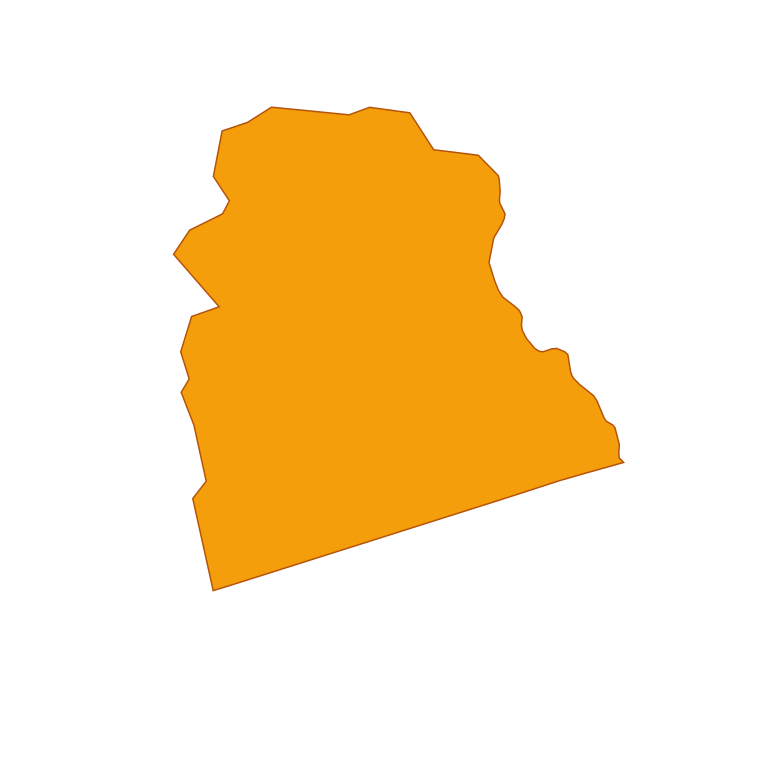 the district of Columbia, Georgia, United States of America, rotated 24°
{"feature_id": "52423323B94231025713709", "entity_name": "Columbia", "entity_type": "district", "adm_level": 2, "iso_a3": "USA", "parent_name": "United States of America", "parent_adm1": "Georgia", "projection": "natural_earth1", "projection_center": [-82.204, 33.528], "detail": "fine", "context": "isolated", "style": "filled", "palette": "amber", "viewbox_px": 768, "rotation_deg": 24, "n_neighbors": 0, "source": "geoboundaries", "source_scale": "gbopen_adm2", "svg_char_len": 1058}
<svg xmlns="http://www.w3.org/2000/svg" viewBox="0 0 768 768"><g transform="rotate(24 384 384)"><path d="M403.7,147.2L377.1,136.7L334.1,149.8L297.3,125.8L258.3,137.1L242.6,152.3L168.6,176.9L153.0,200.4L133.2,218.7L143.7,263.8L168.3,279.6L167.3,294.2L143.9,322.5L139.0,351.1L202.0,380.5L180.8,400.6L185.2,437.3L204.0,458.6L202.1,474.1L227.1,498.9L261.1,545.1L255.9,566.4L312.0,642.2L325.8,630.2L512.9,464.2L537.5,442.4L583.3,401.2L603.9,383.9L634.8,358.2L629.0,355.9L626.7,351.9L623.7,343.7L612.8,330.0L609.6,328.4L602.4,327.6L601.6,327.2L599.0,325.6L585.3,312.7L580.3,309.5L562.9,304.9L554.8,301.7L552.1,299.8L549.1,296.3L540.1,282.5L536.3,281.1L529.1,281.2L527.6,281.2L523.0,283.6L516.3,289.8L512.4,291.0L507.0,290.1L495.7,284.5L493.0,282.4L488.5,278.8L485.7,274.5L482.9,266.5L479.4,263.1L476.9,261.5L472.6,260.1L469.9,259.4L457.5,256.4L450.8,252.2L443.2,244.8L430.5,230.3L424.9,206.0L426.7,190.0L426.6,184.4L426.5,183.8L425.5,179.5L416.2,171.7L414.6,168.9L411.7,160.6L405.9,150.0L403.7,147.2Z" fill="#f59e0b" stroke="#b45309" stroke-width="1.5"/></g></svg>